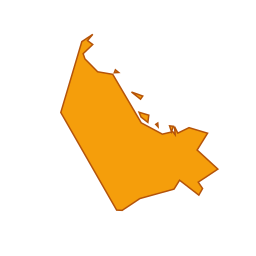 SVG path tracing the border of Abu Dhabi, rotated 52°
{"feature_id": "ARE-349", "entity_name": "Abu Dhabi", "entity_type": "Emirate", "adm_level": 1, "iso_a3": "ARE", "parent_name": "United Arab Emirates", "parent_adm1": "", "projection": "robinson", "projection_center": [53.623, 23.935], "detail": "coarse", "context": "isolated", "style": "filled", "palette": "amber", "viewbox_px": 256, "rotation_deg": 52, "n_neighbors": 0, "source": "natural_earth", "source_scale": "10m", "svg_char_len": 735}
<svg xmlns="http://www.w3.org/2000/svg" viewBox="0 0 256 256"><g transform="rotate(52 128 128)"><path d="M215.7,82.5L213.9,106.0L221.6,106.5L224.5,113.5L200.9,119.5L204.5,129.3L190.9,162.1L189.3,183.3L185.7,187.5L74.4,171.4L31.5,111.2L32.5,98.1L34.2,106.1L40.5,104.4L41.8,117.6L47.0,119.4L65.0,117.3L76.3,107.0L132.1,114.4L154.0,104.7L158.5,95.0L162.4,95.0L155.5,90.5L162.7,91.9L165.3,79.7L181.1,68.5L187.9,87.1L215.7,82.5ZM122.4,109.6L130.7,103.7L135.8,108.9L127.5,111.0L122.4,109.6ZM113.0,100.4L101.8,103.1L111.9,96.7L113.0,100.4ZM74.4,102.1L78.5,101.2L76.0,104.8L74.4,102.1ZM157.8,96.1L151.9,93.9L154.6,91.2L157.8,96.1ZM145.6,103.6L142.2,103.9L142.4,101.5L145.6,103.6Z" fill="#f59e0b" stroke="#b45309" stroke-width="1.5"/></g></svg>